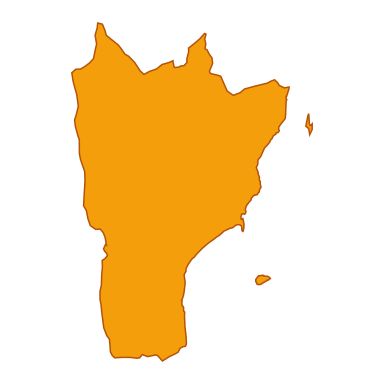 Bukoba Urban, Kagera, United Republic of Tanzania
{"feature_id": "72390352B77165247512892", "entity_name": "Bukoba Urban", "entity_type": "district", "adm_level": 2, "iso_a3": "TZA", "parent_name": "United Republic of Tanzania", "parent_adm1": "Kagera", "projection": "robinson", "projection_center": [31.824, -1.321], "detail": "fine", "context": "isolated", "style": "filled", "palette": "amber", "viewbox_px": 384, "rotation_deg": 0, "n_neighbors": 0, "source": "geoboundaries", "source_scale": "gbopen_adm2", "svg_char_len": 5499}
<svg xmlns="http://www.w3.org/2000/svg" viewBox="0 0 384 384"><path d="M185.4,346.3L185.5,346.2L186.4,344.0L186.3,341.2L186.2,339.5L186.1,336.5L185.9,334.9L185.4,330.5L184.9,326.0L184.9,325.6L184.9,325.3L184.8,322.5L184.5,316.0L184.7,312.1L184.0,311.3L183.8,311.3L183.8,311.0L183.6,309.9L183.5,308.8L183.7,307.9L183.5,307.2L183.4,306.9L183.2,306.7L182.3,305.6L182.2,305.6L182.1,305.3L181.9,304.1L181.8,303.1L182.1,301.7L181.6,300.3L181.9,300.3L183.5,295.2L183.8,293.6L184.2,291.3L184.2,291.0L184.3,290.6L185.2,282.4L184.2,275.8L184.2,274.4L185.0,273.1L185.3,272.5L186.0,271.5L185.9,270.0L186.1,269.2L186.2,268.3L188.3,264.2L189.0,263.3L190.9,260.4L192.5,258.4L193.5,257.7L194.1,257.3L195.8,255.2L196.1,254.8L196.6,254.1L196.9,253.9L199.9,250.8L202.5,248.1L208.6,242.9L209.9,242.0L210.6,241.5L211.0,241.2L211.3,241.0L211.4,240.9L212.5,240.2L213.4,239.6L213.5,239.5L214.4,238.8L216.3,237.2L217.2,236.6L217.3,236.6L218.4,235.9L219.4,235.3L222.7,232.3L223.8,231.2L227.9,229.3L228.3,229.1L228.8,228.8L229.4,228.6L229.9,228.4L230.6,228.1L231.4,228.1L233.1,227.5L233.2,227.3L233.9,226.7L234.0,226.6L234.8,226.0L235.4,225.5L236.6,224.9L238.7,224.6L239.2,224.8L240.2,225.0L240.3,225.1L241.1,225.7L241.5,226.1L241.8,227.9L241.8,228.6L241.7,229.3L241.7,229.6L241.8,230.0L242.3,231.0L242.5,231.2L242.8,231.5L243.0,231.5L243.4,230.2L243.7,228.8L243.8,228.2L243.9,227.8L243.9,227.0L243.9,226.5L244.0,225.5L244.0,225.0L244.0,224.8L243.9,223.8L243.7,222.3L243.4,221.2L243.3,220.2L243.2,220.1L243.3,220.0L243.0,219.5L242.8,218.6L242.7,218.7L242.5,218.8L242.1,219.0L241.3,219.3L240.9,218.0L240.9,217.1L241.0,216.7L241.4,215.6L241.4,215.2L241.4,214.9L241.5,214.6L241.6,214.2L241.8,214.2L242.2,214.1L242.3,214.0L242.5,213.9L243.1,213.8L243.7,213.9L244.0,214.1L244.3,214.3L244.6,214.1L245.0,213.9L245.4,213.6L245.5,213.4L245.5,213.1L245.6,212.7L245.7,212.4L246.0,211.7L245.9,211.4L245.9,211.2L245.7,210.4L245.3,210.0L245.4,209.1L245.6,207.7L245.8,207.4L246.0,206.9L246.1,206.6L246.4,205.8L246.9,205.4L247.2,204.2L247.6,203.9L248.2,203.5L248.7,202.5L249.2,202.0L249.8,201.4L250.7,200.5L250.8,200.4L251.2,199.4L251.0,198.8L251.2,198.5L251.6,197.9L252.1,197.4L252.3,197.1L253.1,196.1L253.4,195.9L254.0,195.6L254.4,195.1L255.0,195.0L255.8,195.1L256.4,194.6L257.1,194.7L257.6,194.0L257.7,193.8L257.9,193.2L258.3,192.9L258.7,192.5L258.9,192.4L259.4,191.3L259.4,190.4L259.4,190.0L259.7,189.4L259.9,188.9L260.0,188.8L260.3,188.4L260.9,187.6L260.9,186.4L260.5,185.0L260.3,183.7L260.2,182.7L260.3,181.8L260.2,181.5L259.8,180.6L259.4,180.1L259.3,179.1L259.3,178.6L259.4,177.7L259.5,177.2L258.9,175.8L258.0,173.4L258.2,172.6L256.3,167.7L256.7,166.5L257.5,165.0L257.6,164.7L257.8,163.4L257.9,162.4L257.8,161.4L258.3,159.4L259.1,158.6L259.5,158.1L260.6,156.7L264.6,147.8L266.2,146.3L266.5,146.0L266.7,145.8L266.8,145.7L269.8,142.0L270.7,139.9L271.0,139.6L271.9,138.8L272.6,137.2L272.8,136.9L273.2,136.0L273.3,135.8L275.2,134.6L275.8,134.3L276.0,133.0L278.1,132.5L278.3,132.3L279.3,130.7L278.7,129.1L278.7,128.6L278.8,127.5L278.9,127.1L278.9,126.9L280.8,124.2L281.7,123.0L285.2,118.6L285.6,114.8L286.1,101.5L286.3,100.9L286.7,99.8L286.4,99.8L286.3,99.3L286.1,96.4L286.6,96.4L288.9,89.1L289.1,87.0L284.5,87.9L279.3,85.5L277.7,82.8L274.6,79.8L270.6,81.3L267.5,83.1L255.2,86.1L244.5,89.0L240.3,92.6L237.2,93.8L233.6,95.2L233.2,95.3L227.2,91.1L220.7,76.2L217.8,75.3L216.7,75.0L210.5,73.5L209.4,71.4L212.6,63.4L212.0,58.0L209.2,54.1L207.1,49.9L205.0,48.8L205.8,44.0L204.7,39.2L206.0,34.1L204.5,33.5L200.0,38.6L195.6,42.5L191.1,46.1L188.5,48.1L188.7,51.7L186.9,58.6L186.9,62.5L184.0,65.7L180.6,66.0L178.8,67.2L174.3,67.5L173.0,61.9L173.0,60.7L169.1,62.5L162.0,64.5L156.5,69.0L149.5,71.4L144.0,74.4L140.1,70.8L134.6,62.4L128.6,56.2L124.9,54.1L121.2,48.7L118.1,44.8L113.9,41.5L106.3,35.3L105.0,30.5L102.4,24.2L97.7,23.0L97.2,27.8L95.1,35.3L96.6,44.2L95.3,49.6L93.5,58.5L89.8,62.7L85.1,66.3L80.7,69.0L75.7,69.3L71.8,72.8L73.1,81.2L74.9,88.1L76.7,94.3L78.3,106.3L76.2,114.9L74.6,120.0L75.4,126.5L78.0,136.1L79.3,139.7L79.4,153.7L80.5,159.3L81.9,163.6L84.7,171.6L85.0,181.1L84.3,192.3L83.6,205.8L86.4,210.6L87.9,218.6L90.3,225.6L95.7,229.4L100.0,229.0L103.1,232.4L105.1,237.4L106.1,243.1L105.9,243.6L106.5,245.2L105.3,244.9L104.7,246.3L103.5,248.8L104.7,251.3L106.4,253.1L107.5,255.6L104.8,258.8L102.2,260.4L102.4,267.1L101.7,275.0L101.4,285.0L100.0,291.3L100.0,299.3L101.0,304.4L101.7,311.6L102.8,320.4L103.8,327.9L106.9,335.9L109.4,339.1L110.1,346.6L110.4,351.8L112.2,355.4L114.6,357.8L121.9,357.4L130.3,357.4L136.9,358.2L139.7,357.8L142.2,354.6L147.7,356.6L155.4,355.0L157.5,355.4L162.4,361.0L169.4,356.6L175.3,353.8L178.1,352.2L180.2,348.2L183.0,346.7L185.4,346.3ZM263.7,275.5L263.2,275.4L262.4,275.2L261.9,275.5L261.5,275.5L261.3,275.4L260.1,275.8L258.8,275.6L258.2,276.4L258.0,276.5L257.5,277.0L257.4,277.3L257.0,277.8L256.6,278.3L255.8,279.5L255.7,281.1L255.8,281.7L256.1,282.0L256.3,282.4L256.5,283.0L256.8,283.5L257.0,283.9L257.2,284.1L257.2,284.3L257.3,284.3L257.6,284.4L258.2,284.5L258.6,284.5L258.9,284.5L260.0,284.6L260.5,284.3L261.2,284.1L261.6,283.9L262.0,283.6L262.3,283.2L263.3,282.7L266.0,281.2L267.0,280.3L267.7,280.1L267.7,280.3L268.3,280.1L268.9,279.7L269.3,279.2L269.7,278.8L270.4,278.6L270.3,278.4L269.9,278.0L269.4,277.3L268.3,276.7L268.1,276.5L266.8,276.2L265.0,276.1L264.2,276.1L263.9,276.1L263.9,275.7L263.7,275.5L263.7,275.5ZM309.4,123.8L308.7,113.7L308.0,115.3L305.8,126.2L308.7,128.6L309.7,134.7L312.2,129.4L312.2,123.8L310.8,125.4L310.1,125.4L309.4,123.8Z" fill="#f59e0b" stroke="#b45309" stroke-width="1.5"/></svg>